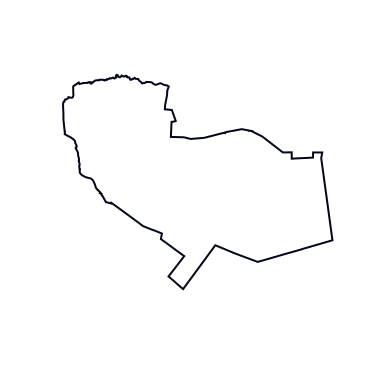 outline of Noordenveld, Drenthe, Netherlands, rotated 286°
{"feature_id": "6326949B11636300368491", "entity_name": "Noordenveld", "entity_type": "district", "adm_level": 2, "iso_a3": "NLD", "parent_name": "Netherlands", "parent_adm1": "Drenthe", "projection": "albers", "projection_center": [6.459, 53.095], "detail": "fine", "context": "isolated", "style": "outline", "palette": "ink", "viewbox_px": 384, "rotation_deg": 286, "n_neighbors": 0, "source": "geoboundaries", "source_scale": "gbopen_adm2", "svg_char_len": 5336}
<svg xmlns="http://www.w3.org/2000/svg" viewBox="0 0 384 384"><g transform="rotate(286 192 192)"><path d="M225.3,48.8L214.9,53.0L215.0,53.2L214.0,53.5L212.9,53.7L212.5,53.7L211.4,58.5L211.4,59.2L210.8,61.1L210.6,61.7L210.1,63.2L209.4,64.5L208.6,65.6L208.1,65.8L207.2,66.1L206.7,66.5L206.0,67.2L204.6,68.4L203.6,68.7L203.0,68.5L202.8,68.0L201.7,68.3L201.7,68.5L200.7,69.4L200.1,70.0L199.9,70.3L197.9,71.8L196.3,72.2L195.6,72.5L193.2,74.0L191.1,74.7L190.4,74.6L188.5,76.0L186.9,76.6L186.2,76.3L183.5,77.4L182.9,77.6L183.0,78.0L181.8,78.2L180.2,78.5L179.6,79.1L179.3,79.2L178.9,79.7L178.4,80.5L178.2,80.8L177.7,82.2L177.2,84.3L177.1,84.9L177.0,85.6L177.0,86.5L177.0,86.8L177.0,87.3L177.0,87.6L177.0,88.3L177.1,90.8L177.0,91.4L176.9,91.8L176.3,92.8L176.0,93.4L175.8,93.7L175.4,94.1L172.4,96.7L170.4,97.9L169.7,98.4L168.5,100.0L167.8,100.8L167.9,101.0L167.7,101.3L167.7,101.5L167.0,102.7L166.4,104.0L165.5,103.7L165.4,103.9L165.4,104.6L165.3,105.0L165.3,105.3L165.0,105.2L164.9,105.5L164.7,105.7L164.5,105.8L164.4,105.9L164.1,106.1L163.9,106.4L163.7,106.9L163.3,107.1L163.1,107.4L162.9,107.6L162.4,108.2L160.9,109.7L160.8,109.8L158.8,111.8L158.5,112.0L158.6,112.7L158.7,113.1L158.6,113.5L158.7,113.8L158.6,114.3L158.6,114.7L158.6,115.6L158.6,117.4L159.4,117.4L157.6,122.3L155.5,128.2L150.4,141.9L149.0,145.7L147.0,151.1L145.7,154.5L145.6,155.5L144.8,163.5L144.6,167.0L143.8,174.5L138.2,175.1L137.8,176.0L137.0,178.3L136.4,179.9L135.9,181.4L134.1,186.2L132.1,191.5L128.2,202.2L104.3,192.7L102.4,197.0L101.4,199.3L99.9,202.2L96.2,210.2L147.2,229.1L147.0,231.0L146.3,237.3L145.8,241.5L144.8,250.1L142.9,274.4L160.3,302.2L161.0,303.4L166.3,311.9L168.4,315.0L170.5,318.4L184.3,340.3L214.8,326.9L260.1,306.9L265.9,306.3L263.4,297.5L263.1,297.6L262.8,297.7L258.4,298.8L255.5,290.3L254.6,287.6L252.8,282.3L251.5,278.7L257.6,276.9L255.1,268.4L264.4,245.0L264.7,244.1L264.8,243.9L265.5,239.9L267.0,232.2L266.9,231.7L267.0,231.8L266.7,228.9L266.1,222.4L265.7,221.7L260.6,211.5L260.2,210.5L258.3,207.2L257.8,207.4L257.8,207.2L257.3,205.8L257.0,205.1L247.7,189.3L247.4,188.5L247.1,187.9L242.7,176.3L242.6,175.8L242.4,169.8L242.3,168.9L240.9,163.4L239.1,156.5L253.8,153.0L254.6,155.0L254.9,155.5L255.8,156.8L265.3,150.0L264.0,143.1L267.1,142.4L269.4,142.1L278.4,141.3L282.6,140.3L283.2,140.3L287.0,140.6L287.3,139.7L287.5,139.0L287.5,138.6L287.3,135.8L287.3,135.4L287.4,134.6L287.8,132.6L287.8,132.3L287.8,131.9L287.7,131.4L287.3,130.7L285.9,129.0L285.5,128.5L285.2,127.8L285.1,127.5L285.1,127.0L285.0,126.7L285.1,126.1L285.2,125.4L286.1,123.5L286.2,123.2L286.3,122.9L286.3,122.7L286.1,121.9L285.9,120.7L285.9,120.4L285.6,119.6L285.4,118.9L285.4,118.2L285.2,117.8L285.0,117.5L284.1,116.9L283.9,116.7L283.6,115.7L283.5,115.4L282.9,114.8L282.8,114.5L282.7,114.2L282.8,113.8L282.9,113.6L283.0,113.4L283.6,113.0L283.7,112.8L283.9,112.0L284.1,111.3L284.3,110.8L284.4,110.6L285.7,109.2L285.8,109.0L285.8,108.8L285.8,108.5L285.7,108.2L285.4,107.6L285.3,107.2L285.3,106.8L285.3,106.6L285.8,105.8L285.9,105.3L285.7,105.2L284.6,104.5L284.4,104.3L284.3,104.2L284.4,103.9L284.2,103.4L284.0,103.2L283.6,103.1L283.1,102.4L282.9,102.0L282.9,101.8L283.0,101.6L283.1,101.4L283.5,101.3L283.7,101.2L283.9,100.9L284.1,100.8L284.5,100.5L284.8,100.1L284.9,99.7L284.6,99.4L284.5,99.1L284.4,98.8L284.5,98.6L284.6,98.4L284.5,97.7L284.7,97.4L284.9,97.2L285.3,97.3L285.5,97.3L285.6,97.2L285.6,96.6L285.1,95.7L284.6,95.3L284.3,95.0L284.2,94.8L284.2,94.5L284.2,94.0L284.3,93.7L284.2,93.4L284.2,93.1L284.3,92.9L284.5,92.5L284.6,92.3L284.6,92.2L283.8,92.0L283.0,91.7L282.8,91.5L282.6,91.4L282.5,91.0L282.4,90.7L282.7,89.9L282.4,89.6L282.4,89.4L282.6,89.1L283.3,88.7L283.7,88.5L283.9,88.3L283.9,88.2L283.8,87.9L283.7,87.8L283.8,87.7L283.9,87.4L283.5,87.1L283.3,87.2L282.9,87.1L282.5,86.8L282.4,86.8L282.1,86.9L281.6,87.5L281.4,87.6L281.2,87.6L280.9,87.3L280.5,86.7L280.0,86.5L279.8,86.4L279.8,85.8L279.8,85.6L280.0,85.0L280.2,84.6L279.9,84.0L279.2,83.4L279.0,83.1L278.7,82.4L278.7,82.1L278.8,81.8L278.8,81.6L278.6,81.5L278.2,81.6L277.5,80.1L277.2,79.7L277.1,79.4L276.7,79.5L276.4,79.4L276.3,79.2L276.4,78.9L276.0,78.7L275.8,78.5L275.8,78.4L275.9,78.1L275.9,77.9L275.7,77.6L275.4,77.4L275.2,77.2L275.3,77.1L275.4,76.7L275.2,76.5L275.2,76.4L275.2,76.1L275.4,75.4L275.2,75.1L275.0,74.4L274.9,73.9L274.8,73.2L274.5,72.4L274.4,72.4L274.1,72.3L273.6,71.6L273.6,71.4L273.7,71.0L273.6,70.7L273.4,70.3L272.7,68.7L272.4,68.1L272.1,68.0L272.0,67.9L271.3,67.3L271.1,67.1L270.2,66.8L270.1,66.7L270.1,66.3L270.0,66.0L269.9,65.8L269.8,65.6L269.7,65.6L269.3,65.6L268.7,65.7L268.4,65.4L268.4,64.8L268.4,64.5L268.4,64.4L268.5,64.2L269.4,63.9L269.5,63.8L269.5,63.5L269.2,62.9L269.1,62.3L269.0,62.2L268.9,62.0L268.4,61.9L268.1,61.7L267.9,60.8L267.2,58.8L267.1,58.4L267.0,58.0L267.0,57.9L266.6,57.3L264.8,54.0L265.1,53.8L266.0,53.0L265.9,52.9L265.9,52.7L265.7,52.5L265.4,52.5L263.2,50.7L263.0,50.2L262.7,50.2L262.2,50.0L261.3,49.0L260.9,48.8L260.6,48.7L254.1,50.7L253.0,51.1L252.3,51.4L251.9,51.4L251.1,51.3L250.6,51.3L250.4,51.3L250.1,51.2L249.8,50.9L249.6,50.7L249.3,49.9L249.2,49.4L249.1,48.4L249.1,48.1L249.1,47.9L249.2,47.7L249.3,47.5L249.0,47.0L248.3,47.3L246.8,46.0L246.5,45.7L246.2,45.3L246.0,44.6L243.7,44.4L243.5,44.2L243.4,44.1L243.4,43.7L243.2,43.7L241.7,43.7L240.7,43.9L240.0,44.1L239.6,44.2L238.3,44.6L232.5,46.6L227.1,48.2L225.3,48.8Z" fill="none" stroke="#020617" stroke-width="2"/></g></svg>